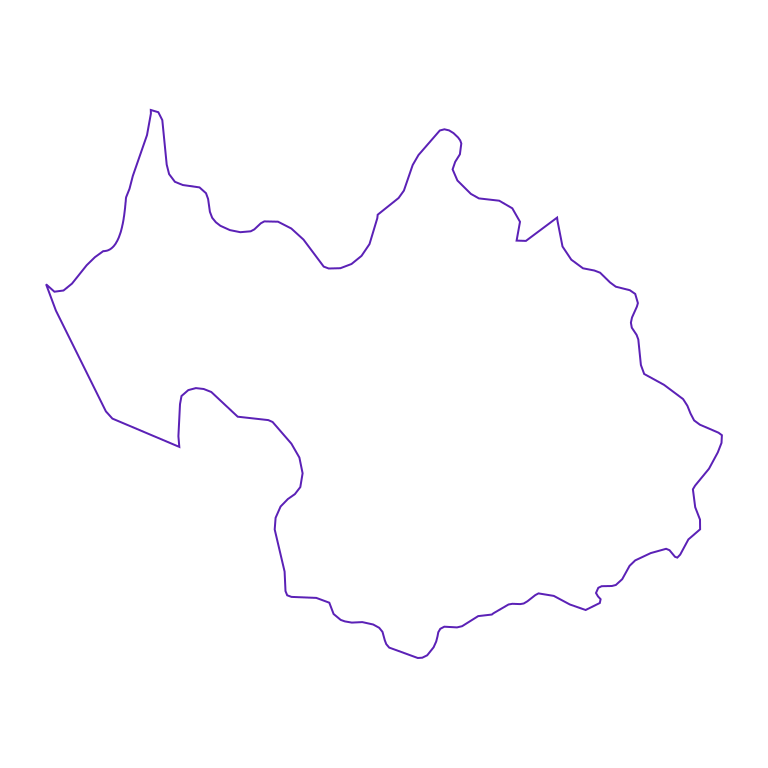 the Metropolitan department of Savoie
{"feature_id": "FRA-5341", "entity_name": "Savoie", "entity_type": "Metropolitan department", "adm_level": 1, "iso_a3": "FRA", "parent_name": "France", "parent_adm1": "", "projection": "albers", "projection_center": [6.338, 45.496], "detail": "fine", "context": "isolated", "style": "outline", "palette": "violet", "viewbox_px": 768, "rotation_deg": 0, "n_neighbors": 0, "source": "natural_earth", "source_scale": "10m", "svg_char_len": 2868}
<svg xmlns="http://www.w3.org/2000/svg" viewBox="0 0 768 768"><path d="M684.6,401.4L687.4,405.8L690.5,413.5L694.1,420.4L699.9,424.7L718.5,432.7L721.9,435.2L721.5,442.9L717.8,452.4L709.0,468.7L695.1,485.6L692.9,489.3L695.2,507.2L700.0,519.6L700.1,529.3L688.4,539.4L680.2,554.6L677.3,557.6L675.0,556.8L669.5,550.2L666.1,548.8L650.7,553.1L635.2,560.4L629.6,565.8L622.2,579.2L615.8,585.0L611.9,586.0L601.7,586.2L598.3,587.8L596.0,593.0L598.0,596.4L600.6,599.2L599.8,603.0L585.6,610.0L569.9,604.5L553.8,595.9L538.5,593.4L535.3,595.1L527.4,601.3L523.7,603.5L520.2,604.1L512.4,603.8L508.5,604.5L493.4,613.3L491.9,614.5L491.4,614.6L478.2,616.1L462.1,626.2L457.0,627.4L444.3,626.7L440.3,628.8L438.3,632.2L437.5,636.4L436.2,641.5L433.6,647.3L427.2,655.3L422.3,657.7L417.8,658.0L389.2,647.6L386.3,644.2L384.8,640.3L382.5,631.9L379.2,627.8L373.2,624.5L362.3,622.1L351.8,622.6L344.9,621.4L340.7,619.9L333.6,614.0L329.3,602.7L316.3,597.9L291.5,596.9L287.2,595.3L285.5,591.1L284.6,571.6L274.7,529.5L275.6,517.8L280.6,506.5L287.9,499.0L294.9,494.1L300.3,487.1L302.6,473.3L299.4,457.6L291.4,443.7L272.6,422.0L268.3,420.1L237.7,416.7L211.3,392.0L203.7,389.0L195.9,388.1L188.3,390.1L181.5,396.0L180.0,404.2L178.4,436.2L179.3,446.9L112.4,418.6L105.9,411.4L55.9,310.6L46.1,284.3L54.4,291.7L63.5,290.5L72.0,283.6L86.7,265.2L94.9,257.2L103.3,251.1L104.5,251.1L105.7,250.9L106.8,250.7L107.8,250.4L108.9,249.9L109.9,249.4L110.8,248.8L111.7,248.1L112.6,247.3L113.4,246.5L114.2,245.6L114.9,244.6L115.7,243.6L116.3,242.4L117.0,241.3L117.6,240.1L118.2,238.8L118.8,237.5L119.3,236.1L119.8,234.7L120.3,233.3L120.8,231.8L121.2,230.3L121.6,228.7L122.0,227.2L122.3,225.6L122.7,224.0L123.0,222.4L123.3,220.8L123.6,219.1L123.8,217.5L124.1,215.8L124.3,214.2L124.5,212.6L124.7,211.0L124.9,209.3L125.1,207.7L125.2,206.2L125.4,204.6L125.5,203.1L125.7,201.6L125.8,200.1L125.9,198.7L126.1,197.3L129.5,188.8L132.8,176.0L147.0,135.1L150.9,113.6L150.8,110.0L158.3,112.2L162.3,120.1L166.7,164.6L169.1,174.1L174.9,181.8L182.7,185.0L199.5,187.4L206.0,193.2L208.1,199.0L209.9,211.8L212.2,217.8L215.9,222.3L220.4,225.8L229.9,230.1L240.3,232.2L250.7,231.3L254.3,229.4L260.8,223.3L264.3,221.4L278.0,221.7L291.3,228.5L303.5,239.6L323.7,266.6L328.7,268.5L340.4,268.2L351.5,264.0L361.5,255.9L369.5,244.1L377.3,218.2L377.7,214.7L398.6,198.0L403.9,190.6L412.7,165.0L418.5,155.0L439.8,130.5L444.4,129.3L449.1,130.4L453.5,133.1L458.1,137.5L460.2,140.4L461.3,143.5L459.9,154.3L455.2,161.8L452.6,169.4L457.4,180.5L470.9,193.9L478.9,198.4L499.2,200.7L512.3,208.3L520.0,221.8L516.6,240.6L525.9,240.9L557.1,217.6L557.5,220.9L562.5,246.5L571.3,259.7L583.0,268.3L594.3,270.5L600.1,272.7L610.0,282.4L615.8,286.7L629.8,290.2L635.2,293.9L637.9,303.1L636.9,306.6L632.0,317.5L630.9,322.7L631.8,327.7L636.6,334.9L638.3,339.5L640.9,365.0L644.2,374.0L664.1,384.9L683.1,399.1L684.6,401.4Z" fill="none" stroke="#5b21b6" stroke-width="2"/></svg>